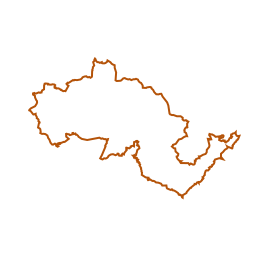 the district of Teopantlán, Puebla, Mexico, rotated 123°
{"feature_id": "50627088B18516269825492", "entity_name": "Teopantlán", "entity_type": "district", "adm_level": 2, "iso_a3": "MEX", "parent_name": "Mexico", "parent_adm1": "Puebla", "projection": "robinson", "projection_center": [-98.255, 18.735], "detail": "fine", "context": "isolated", "style": "outline", "palette": "amber", "viewbox_px": 256, "rotation_deg": 123, "n_neighbors": 0, "source": "geoboundaries", "source_scale": "gbopen_adm2", "svg_char_len": 5760}
<svg xmlns="http://www.w3.org/2000/svg" viewBox="0 0 256 256"><g transform="rotate(123 128 128)"><path d="M150.7,226.5L151.7,225.8L151.7,223.6L153.0,222.6L154.5,220.3L155.0,219.0L156.2,218.1L157.6,217.8L160.3,217.8L164.3,220.1L166.4,220.6L167.0,220.4L166.8,218.9L168.2,214.9L168.1,214.5L166.4,213.2L167.3,212.6L168.5,210.4L169.5,209.8L169.4,208.7L169.8,207.5L171.1,206.8L171.2,205.5L171.7,205.0L172.5,205.3L176.6,203.7L176.5,201.6L176.8,200.9L178.7,199.2L180.0,198.8L179.8,197.0L178.7,195.4L178.1,193.9L178.2,191.5L179.9,189.4L180.5,187.7L182.5,185.0L183.2,182.7L182.8,181.8L180.9,180.8L180.9,179.7L182.1,178.4L182.0,176.8L181.5,176.6L181.8,177.8L181.4,178.6L179.7,178.6L179.9,177.7L179.3,177.1L179.3,177.5L178.2,177.7L177.4,176.8L177.3,176.2L174.7,174.4L174.6,174.0L173.9,173.4L169.4,171.8L168.9,175.1L166.7,176.7L166.2,176.3L166.2,175.6L165.4,174.1L165.7,173.1L165.4,172.6L163.5,171.2L162.4,171.8L162.0,171.3L162.5,170.0L161.3,169.1L162.0,168.1L161.5,167.5L161.8,165.5L162.3,164.7L162.3,160.8L160.3,155.7L151.7,146.7L151.6,144.6L150.7,143.9L150.3,141.9L149.6,140.9L149.6,140.1L148.3,138.8L149.5,138.4L150.7,138.6L152.3,137.5L153.4,137.7L155.5,137.4L155.7,136.8L156.2,136.7L165.1,135.1L168.6,134.8L168.6,133.6L168.2,132.2L166.4,131.5L165.8,130.1L164.8,129.4L163.5,129.0L161.9,129.1L159.6,128.0L158.1,126.3L157.6,123.6L155.9,122.6L155.2,122.8L154.8,122.2L154.8,121.8L155.4,121.4L156.0,120.3L154.7,118.1L153.9,118.4L154.2,118.8L152.5,118.6L152.4,117.0L150.9,117.5L147.0,117.1L146.7,118.0L146.0,118.1L145.7,118.7L145.4,118.7L144.3,115.8L142.5,115.2L142.0,115.7L141.2,115.2L140.3,114.3L140.1,113.0L136.5,115.2L135.0,113.9L135.0,113.4L134.3,113.9L133.8,113.2L134.0,111.9L134.8,112.2L134.9,111.8L135.6,111.9L136.9,111.2L136.9,110.5L137.6,110.7L137.4,108.8L138.8,107.4L141.5,108.2L144.1,107.2L145.1,107.2L146.1,106.5L147.1,106.7L147.4,107.1L147.3,108.0L148.2,108.1L148.5,108.6L148.7,107.8L149.5,106.9L149.0,106.5L149.4,105.6L148.5,105.0L148.3,104.3L149.1,103.8L149.0,102.2L149.8,102.1L150.3,102.7L150.6,102.0L151.2,101.9L150.7,100.4L151.3,100.2L151.1,99.4L151.7,99.2L152.0,98.0L153.0,98.0L154.5,95.1L155.2,94.9L156.4,93.4L157.2,93.0L157.7,92.0L159.8,90.9L159.8,86.3L158.7,84.0L159.6,84.0L160.4,83.5L160.8,82.8L160.3,82.2L159.1,82.0L159.1,78.7L158.4,77.7L158.2,76.7L158.4,74.9L157.3,72.7L156.7,69.9L157.6,67.9L155.3,64.5L157.1,62.9L157.4,62.2L156.7,58.5L156.2,58.0L155.7,58.0L155.4,57.4L155.9,56.6L155.3,55.2L155.2,53.4L155.3,50.6L156.3,49.1L155.8,47.4L155.5,47.6L155.4,46.4L156.7,44.9L156.7,44.2L154.5,45.5L150.8,43.6L149.6,43.9L144.4,43.2L143.8,42.5L143.3,42.7L139.1,41.3L138.6,41.6L138.1,40.4L136.2,40.5L135.4,39.5L135.6,38.8L134.8,39.4L133.8,38.0L131.6,37.5L130.8,37.9L130.3,37.4L129.2,37.3L128.6,38.6L128.1,38.2L126.4,38.3L125.5,38.0L124.8,38.7L121.8,39.5L120.8,39.2L120.0,37.7L117.7,37.3L117.2,37.8L117.1,38.4L115.5,37.9L115.3,37.0L114.3,36.7L113.1,37.3L112.5,36.7L111.0,36.5L109.6,36.9L109.1,37.2L109.2,37.7L107.0,37.8L103.6,35.0L102.5,31.4L101.6,34.3L98.9,36.0L96.3,35.2L93.5,34.9L91.2,33.8L89.9,33.9L89.4,34.7L89.4,33.1L89.1,32.9L88.5,29.6L87.9,29.5L86.1,30.6L85.9,30.3L84.8,30.8L83.4,30.4L82.1,30.6L80.5,29.9L79.4,30.3L78.4,29.7L77.8,29.9L77.2,29.6L73.9,30.3L75.0,31.4L75.3,32.6L74.3,34.5L72.8,35.4L74.2,35.7L75.6,37.1L77.0,37.5L77.3,37.9L78.6,37.3L78.5,36.0L79.6,35.9L80.2,36.0L80.4,36.8L81.3,37.2L83.7,36.9L85.5,37.6L86.1,38.2L86.8,38.1L87.0,38.7L86.4,39.8L86.6,40.3L86.0,40.3L86.5,41.6L88.1,42.5L88.4,45.0L87.7,45.2L87.5,45.5L86.9,45.4L84.1,43.2L82.6,43.5L82.3,44.1L82.9,45.2L84.3,45.8L85.3,46.9L86.1,47.0L86.0,47.7L87.7,49.8L87.4,51.5L87.6,54.0L88.1,54.7L88.6,56.4L89.7,56.1L90.7,53.9L92.2,52.0L93.1,53.0L92.8,53.6L93.6,55.1L98.1,50.3L99.7,49.6L103.4,50.0L105.5,48.8L107.5,48.8L109.6,50.5L112.5,52.0L113.1,52.9L113.6,52.1L114.4,51.6L114.6,52.3L117.1,54.0L118.9,53.3L119.1,54.1L121.6,52.5L122.8,52.8L123.3,53.6L123.6,56.0L125.3,56.5L124.6,58.2L128.6,64.6L128.1,65.8L126.9,65.4L127.4,66.3L127.4,67.5L126.9,69.6L125.9,71.3L125.4,71.7L124.6,71.1L123.6,71.1L122.3,71.7L121.8,75.3L119.4,77.3L120.0,78.5L119.6,81.1L118.2,80.8L117.6,81.1L115.3,79.3L109.9,79.1L107.9,77.2L105.4,76.3L103.2,74.9L102.7,74.0L100.6,76.6L100.5,78.5L99.5,79.0L99.2,79.6L97.3,79.9L95.9,79.6L95.4,78.7L94.9,78.6L94.4,79.5L93.4,79.8L92.4,80.7L89.8,80.9L90.1,82.3L89.8,82.7L89.9,83.7L90.7,84.3L91.3,85.4L91.1,86.9L89.6,87.7L89.5,90.2L91.5,93.3L92.4,97.1L93.2,98.1L93.6,100.1L93.3,101.0L87.2,106.4L85.2,109.1L82.8,116.1L81.2,118.7L82.1,119.9L83.1,120.6L84.3,122.7L83.6,125.6L82.4,127.6L82.0,129.9L81.3,130.5L81.5,131.8L83.6,134.2L84.5,134.6L86.2,137.5L84.3,138.9L83.1,141.6L83.3,143.2L82.7,145.0L82.0,146.0L82.4,148.1L83.3,148.7L84.2,150.0L86.0,151.3L86.1,153.2L87.2,154.3L87.8,156.5L87.9,157.9L89.0,159.0L91.8,159.6L92.6,160.2L94.7,163.0L94.8,164.4L87.9,168.2L84.8,171.9L82.6,173.4L83.0,175.3L83.0,176.8L82.4,178.5L82.5,182.0L83.8,181.6L85.8,182.3L86.8,183.2L87.7,184.8L87.8,185.5L87.1,185.9L88.7,187.1L88.8,188.5L89.5,189.6L89.1,191.4L88.0,192.7L87.8,193.5L89.0,193.4L90.1,192.8L91.7,193.1L94.0,190.4L96.1,190.6L97.0,190.0L98.8,189.6L98.9,189.2L100.1,188.9L104.2,186.4L104.8,186.2L106.3,186.8L106.3,188.3L107.3,189.1L107.5,189.9L107.3,191.1L108.6,192.6L110.2,193.7L111.6,193.7L113.2,194.3L115.6,196.8L116.7,198.9L117.6,199.3L117.7,200.2L121.9,202.1L122.8,202.7L122.9,203.3L124.5,203.6L124.9,202.5L125.0,200.9L131.1,200.5L131.2,201.1L132.4,202.4L132.5,203.8L132.2,204.6L132.7,205.1L132.4,206.7L132.8,208.3L133.8,209.4L133.5,210.4L134.1,210.6L134.2,211.5L133.5,212.1L131.7,212.4L131.6,213.3L132.5,215.2L133.5,216.0L134.4,217.5L134.4,218.8L135.1,218.9L134.8,220.0L135.7,221.6L136.2,222.0L136.6,221.6L137.7,221.7L141.3,219.5L143.3,220.5L145.3,219.9L145.5,220.5L146.4,220.9L146.7,222.2L149.2,223.9L149.8,224.8L149.6,225.6L150.7,226.5Z" fill="none" stroke="#b45309" stroke-width="2"/></g></svg>